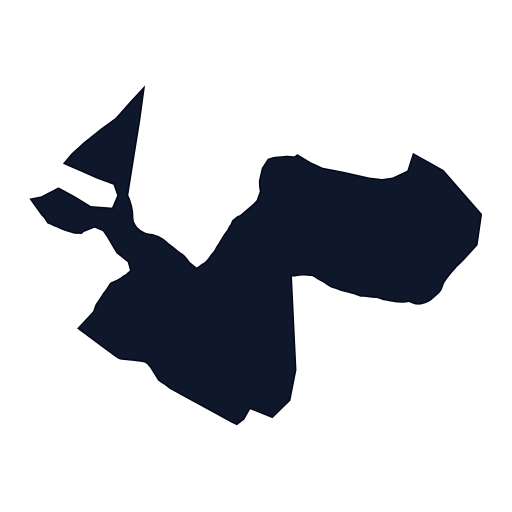 outline of Grande Riviere/Assou Canal, Gros Islet, Saint Lucia
{"feature_id": "8701671B38434288339117", "entity_name": "Grande Riviere/Assou Canal", "entity_type": "district", "adm_level": 2, "iso_a3": "LCA", "parent_name": "Saint Lucia", "parent_adm1": "Gros Islet", "projection": "mercator", "projection_center": [-60.952, 14.04], "detail": "fine", "context": "isolated", "style": "filled", "palette": "ink", "viewbox_px": 512, "rotation_deg": 0, "n_neighbors": 0, "source": "geoboundaries", "source_scale": "gbopen_adm2", "svg_char_len": 3584}
<svg xmlns="http://www.w3.org/2000/svg" viewBox="0 0 512 512"><path d="M268.3,159.4L264.2,165.7L262.5,168.3L261.9,170.8L261.5,172.6L260.7,176.0L260.2,178.1L260.0,179.2L259.6,181.6L259.8,186.6L260.5,191.4L259.7,194.0L258.3,197.5L257.4,200.4L254.2,203.9L248.2,209.1L244.0,212.7L240.6,215.6L239.5,216.1L237.7,216.7L235.2,218.8L232.6,221.0L231.9,222.9L231.5,224.0L229.3,227.3L228.5,229.1L227.9,230.2L227.3,231.0L226.1,232.6L224.3,235.1L222.6,237.8L222.1,238.7L220.7,241.0L220.2,241.8L219.1,243.8L217.4,246.3L216.9,247.0L215.5,249.7L214.9,250.7L213.7,252.4L212.5,253.7L211.5,254.9L209.8,257.4L207.3,260.6L206.5,261.4L204.7,263.1L201.7,264.8L200.6,265.7L199.8,266.4L196.5,268.4L189.2,262.5L188.5,261.6L187.2,259.7L185.6,257.7L185.1,257.2L184.3,256.2L182.4,254.6L180.4,253.3L179.0,252.3L177.3,251.0L176.6,250.4L174.8,248.9L173.6,247.9L172.2,246.8L170.3,245.4L168.2,243.8L165.6,241.5L163.0,239.4L161.9,238.8L160.4,237.9L159.4,237.3L158.3,236.7L157.5,236.4L156.5,236.1L154.6,235.5L152.9,234.8L150.6,234.5L148.5,234.3L147.8,234.1L146.8,233.9L146.1,233.7L145.2,233.4L143.0,232.3L141.3,231.4L140.4,230.8L139.6,230.2L137.8,228.6L136.6,227.5L135.2,225.5L134.7,224.7L134.2,223.7L133.2,221.6L132.8,219.1L132.7,217.4L132.5,215.9L132.6,215.2L132.3,211.1L132.1,210.3L131.6,207.2L131.0,204.9L130.4,202.9L129.3,199.4L127.5,195.3L139.5,120.4L144.0,87.6L141.7,90.1L130.1,102.6L118.8,115.4L115.8,118.7L102.1,128.6L84.4,142.7L77.7,148.8L72.1,153.9L64.1,163.4L69.5,165.8L80.4,170.5L96.9,177.8L114.1,184.2L118.0,195.5L112.5,208.4L90.6,206.8L84.2,202.8L74.9,197.1L58.5,188.2L51.6,191.8L41.3,197.1L33.8,198.6L30.7,199.2L33.9,203.7L41.9,214.9L44.6,217.6L45.9,219.8L47.9,222.8L50.1,223.6L54.2,225.6L57.1,226.7L59.7,227.9L62.2,229.0L66.8,230.7L69.0,231.3L72.6,232.4L74.4,233.0L81.6,233.2L83.3,231.4L94.6,226.9L103.3,230.5L107.6,236.8L112.8,245.7L117.1,252.8L128.4,261.8L130.8,270.9L128.2,272.9L126.5,274.6L123.4,276.3L121.3,278.0L117.6,280.2L114.0,281.8L111.3,283.0L110.0,284.3L107.6,288.1L105.7,290.9L103.5,293.6L102.1,296.0L99.4,300.0L98.1,302.0L96.3,304.6L95.5,306.5L93.7,311.8L78.2,328.4L107.0,349.8L109.4,351.5L111.6,353.1L113.9,354.9L117.2,357.2L119.3,358.4L120.1,358.7L122.7,359.1L127.0,359.5L133.0,360.1L140.5,361.0L142.4,361.3L144.2,361.6L145.9,362.3L147.7,363.7L149.4,365.6L150.8,367.3L152.6,370.2L153.8,372.3L155.4,374.7L156.8,377.0L158.6,379.9L160.2,381.2L162.1,382.5L165.1,384.3L169.9,388.1L182.4,395.0L201.0,405.1L231.5,421.8L236.8,424.4L243.7,419.1L249.8,408.3L272.3,417.3L283.4,406.4L289.7,400.3L295.7,369.9L291.2,275.8L294.5,275.8L298.7,275.1L302.0,274.8L305.0,274.8L308.2,275.1L312.6,275.4L315.2,276.9L317.9,278.7L319.9,279.8L324.6,282.3L326.0,283.5L329.5,285.7L331.6,286.9L335.9,288.2L338.0,289.0L341.2,290.2L344.5,291.1L348.0,291.9L350.7,292.7L353.7,293.4L356.7,294.5L360.8,296.0L363.8,296.0L366.2,296.2L369.6,296.7L374.1,297.2L376.5,297.2L379.9,298.1L383.1,299.4L386.6,299.9L389.7,300.6L393.0,301.1L395.7,301.6L399.9,301.9L402.8,302.0L405.7,301.8L408.9,301.2L413.6,303.1L415.8,303.8L419.1,303.9L421.1,303.7L425.5,302.4L428.3,301.1L430.9,299.5L432.8,297.8L436.2,294.8L438.1,293.2L440.4,290.5L441.6,288.0L443.1,283.7L444.2,281.6L446.1,278.9L448.1,276.2L451.0,272.6L452.4,271.0L455.0,268.1L456.5,266.2L458.3,264.7L463.9,259.1L476.9,244.8L481.3,214.4L443.1,170.6L413.4,154.0L407.9,171.2L392.7,178.3L384.0,179.5L381.7,179.8L378.8,179.4L369.3,178.3L351.6,174.3L344.5,172.7L322.4,168.4L310.0,162.7L306.3,160.4L297.3,155.0L296.1,156.1L295.3,156.5L294.0,157.1L293.1,157.0L289.5,156.7L287.3,156.4L282.8,156.9L277.2,157.3L273.4,157.8L268.3,159.4Z" fill="#0f172a" stroke="#020617" stroke-width="1.5"/></svg>